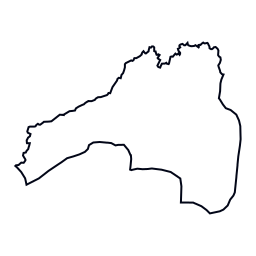 Zota, Bong, Liberia
{"feature_id": "62588387B17056544161092", "entity_name": "Zota", "entity_type": "district", "adm_level": 2, "iso_a3": "LBR", "parent_name": "Liberia", "parent_adm1": "Bong", "projection": "orthographic", "projection_center": [-9.445, 7.274], "detail": "fine", "context": "isolated", "style": "outline", "palette": "ink", "viewbox_px": 256, "rotation_deg": 0, "n_neighbors": 0, "source": "geoboundaries", "source_scale": "gbopen_adm2", "svg_char_len": 3476}
<svg xmlns="http://www.w3.org/2000/svg" viewBox="0 0 256 256"><path d="M220.0,211.2L223.4,209.6L227.7,205.5L230.2,199.6L233.0,196.1L233.4,195.6L234.8,192.4L236.4,176.8L236.4,176.3L237.5,165.3L237.5,164.6L238.3,156.4L239.9,145.8L240.6,139.4L240.6,138.6L240.5,135.0L240.3,126.1L239.0,120.5L238.9,120.3L236.4,114.8L236.3,114.6L230.6,110.0L225.8,108.2L222.8,104.3L222.7,104.1L219.8,99.4L218.9,98.3L220.1,91.2L220.2,88.9L220.4,84.0L220.5,83.1L221.4,79.5L223.5,74.5L222.0,74.2L220.3,72.3L220.0,70.6L218.6,66.7L218.3,65.4L219.9,62.9L220.8,59.9L220.4,57.4L219.0,56.5L218.1,55.1L218.3,52.1L218.4,50.5L217.6,48.8L215.6,47.0L213.9,47.3L213.1,48.3L212.0,49.1L211.0,49.1L210.1,48.6L209.6,48.3L209.4,46.4L208.6,45.0L207.9,43.4L207.3,42.9L205.7,43.3L204.4,43.4L203.2,42.6L201.5,43.8L201.0,44.5L200.3,45.0L199.5,44.8L198.5,45.0L198.1,45.7L198.9,46.9L198.6,47.4L197.5,46.6L195.4,45.2L194.3,45.9L192.9,46.1L191.1,46.2L190.0,45.9L189.2,45.6L188.3,45.2L187.9,44.7L187.5,42.9L185.4,45.2L184.2,45.3L182.5,43.9L180.5,44.5L179.5,45.3L179.3,46.1L180.2,47.3L179.1,48.3L177.9,48.8L178.4,50.7L180.1,52.7L180.1,53.9L179.6,54.8L178.4,53.4L177.6,54.2L176.7,54.6L175.4,53.6L173.1,56.3L172.8,56.7L171.5,56.5L170.5,56.8L169.0,63.4L168.6,64.1L166.9,63.7L166.3,62.8L164.8,63.6L163.2,63.6L161.9,63.7L160.8,65.9L160.2,67.6L159.7,67.5L159.1,67.3L158.1,66.8L157.4,65.6L160.2,60.0L158.0,58.6L157.6,58.0L159.6,55.0L158.4,54.3L157.5,54.8L157.0,54.9L156.5,54.7L155.6,51.8L155.6,51.5L154.6,51.3L154.2,51.1L154.2,48.9L154.2,47.4L153.3,46.5L152.0,46.4L150.9,47.6L149.5,47.2L148.8,49.8L148.5,51.4L147.3,52.3L146.0,53.4L145.4,53.4L144.4,52.4L143.5,51.2L142.3,52.5L141.7,53.8L141.7,54.5L139.8,56.2L136.4,58.1L134.4,58.1L133.4,60.3L132.3,60.9L131.2,60.4L125.8,63.1L124.9,64.2L124.9,67.3L124.1,70.3L123.1,73.1L121.5,74.9L120.9,77.6L120.7,78.2L120.4,78.1L118.8,77.8L117.5,78.9L117.0,80.6L112.5,87.1L110.9,91.3L110.2,93.2L108.5,93.0L107.8,94.3L106.9,95.1L103.8,96.1L100.8,97.1L98.5,97.2L98.1,97.2L98.0,97.3L97.2,97.7L95.8,98.6L94.8,99.9L91.7,101.1L89.3,101.1L88.3,101.0L87.7,101.6L87.0,101.8L85.1,103.1L83.9,104.3L82.3,104.9L78.5,106.7L75.9,108.4L75.0,110.5L72.5,110.9L69.5,111.2L65.0,113.9L63.4,114.8L63.2,114.8L63.3,115.0L59.8,114.7L51.4,121.3L50.3,121.4L49.0,121.6L48.7,121.6L43.9,121.8L43.0,122.6L40.2,124.7L39.9,124.7L39.2,124.7L37.9,123.8L36.4,124.9L35.5,126.3L35.2,126.4L34.2,126.6L32.3,126.6L29.9,126.6L28.6,127.1L28.5,127.5L27.3,131.4L27.6,132.1L27.8,132.7L30.5,134.0L29.9,136.3L28.1,137.6L27.5,138.8L26.7,140.3L26.9,142.9L27.0,143.2L29.8,143.2L29.3,145.3L28.8,146.9L28.7,147.1L28.5,147.9L28.2,149.1L26.6,150.8L25.8,152.5L23.6,152.9L23.0,155.5L23.5,156.4L25.4,159.5L25.4,160.4L23.8,162.7L23.7,162.8L21.8,162.7L21.3,162.6L19.3,164.3L18.6,165.0L16.0,165.3L15.8,165.7L15.4,166.0L17.1,167.5L21.2,172.0L25.1,178.3L25.7,180.8L26.5,184.7L38.9,178.4L48.5,170.9L58.2,164.4L61.4,162.3L67.1,158.2L73.4,156.4L79.4,154.4L84.9,151.9L87.9,149.0L89.0,145.1L90.5,144.2L93.3,142.5L99.7,142.0L107.3,142.7L107.9,142.7L111.3,143.1L115.5,145.4L118.0,144.9L123.9,144.8L127.9,149.6L128.2,149.9L130.6,155.3L130.9,155.3L131.2,159.1L130.6,165.4L130.1,169.6L131.4,170.1L132.8,169.7L136.8,168.8L137.4,168.7L142.6,169.2L147.8,169.0L151.7,168.5L151.9,168.5L154.3,168.8L161.6,169.7L168.3,171.4L170.7,172.0L180.3,178.5L180.5,179.9L180.7,181.2L181.4,186.2L181.4,186.5L181.0,199.9L180.9,202.5L181.7,202.5L193.2,202.6L194.9,203.4L195.7,203.7L201.4,206.2L206.5,210.0L209.9,213.4L219.8,211.3L220.0,211.2Z" fill="none" stroke="#020617" stroke-width="2"/></svg>